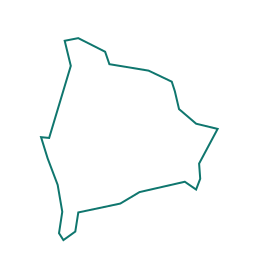 Kavajë, Tiranë, Albania, rotated 349°
{"feature_id": "67620474B5524789266710", "entity_name": "Kavajë", "entity_type": "district", "adm_level": 2, "iso_a3": "ALB", "parent_name": "Albania", "parent_adm1": "Tiranë", "projection": "natural_earth1", "projection_center": [19.564, 41.139], "detail": "fine", "context": "isolated", "style": "outline", "palette": "teal", "viewbox_px": 256, "rotation_deg": 349, "n_neighbors": 0, "source": "geoboundaries", "source_scale": "gbopen_adm2", "svg_char_len": 470}
<svg xmlns="http://www.w3.org/2000/svg" viewBox="0 0 256 256"><g transform="rotate(349 128 128)"><path d="M120.1,48.8L96.3,30.3L82.5,30.3L83.7,56.1L48.7,122.7L40.9,120.4L43.3,142.4L48.1,170.4L47.5,197.7L40.2,218.1L43.2,225.7L56.5,219.6L63.1,201.4L106.0,200.7L127.1,193.1L173.5,191.6L183.1,201.4L189.2,191.6L191.0,176.5L215.8,146.0L195.7,136.8L181.7,119.2L181.0,100.9L179.8,90.9L159.1,75.6L121.9,61.8L120.1,48.8Z" fill="none" stroke="#0f766e" stroke-width="2"/></g></svg>